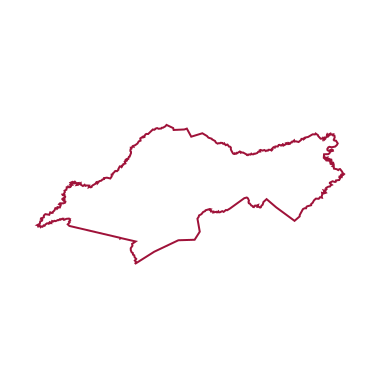 the district of Penonomé, Coclé, Panama, rotated 242°
{"feature_id": "35544464B54827397349612", "entity_name": "Penonomé", "entity_type": "district", "adm_level": 2, "iso_a3": "PAN", "parent_name": "Panama", "parent_adm1": "Coclé", "projection": "robinson", "projection_center": [-80.285, 8.68], "detail": "fine", "context": "isolated", "style": "outline", "palette": "rose", "viewbox_px": 384, "rotation_deg": 242, "n_neighbors": 0, "source": "geoboundaries", "source_scale": "gbopen_adm2", "svg_char_len": 6059}
<svg xmlns="http://www.w3.org/2000/svg" viewBox="0 0 384 384"><g transform="rotate(242 192 192)"><path d="M167.4,334.5L165.9,336.4L164.9,339.7L165.5,342.0L166.5,343.5L169.7,343.2L170.7,341.8L171.5,341.6L173.3,343.7L174.9,344.2L175.7,343.2L176.6,343.9L177.3,341.8L178.3,341.8L177.2,338.3L177.8,338.3L178.6,339.3L178.6,338.6L179.4,338.5L179.0,338.0L179.4,337.2L178.6,337.9L177.6,337.7L177.1,335.3L176.4,334.7L176.1,333.5L177.2,334.0L177.0,333.1L177.6,333.6L177.5,332.9L178.3,332.9L178.0,332.2L178.7,330.6L182.1,329.7L183.0,329.9L185.6,328.6L185.1,327.6L186.3,325.6L186.1,320.3L187.0,317.3L187.0,316.8L186.4,316.8L186.1,315.2L186.8,315.1L187.5,313.6L186.8,313.0L186.1,309.6L188.0,307.5L188.4,306.2L189.6,306.4L189.2,304.9L189.5,304.0L188.9,303.4L189.3,302.3L188.7,301.4L189.8,300.4L188.9,300.0L189.2,299.3L190.3,299.2L190.8,298.5L190.9,298.0L190.1,298.1L190.1,294.7L191.0,295.0L191.5,294.6L190.8,293.9L191.4,293.1L191.2,292.4L192.5,291.5L192.8,290.6L191.9,289.1L193.1,286.9L192.3,285.9L193.3,285.0L192.6,282.9L191.8,283.0L191.3,281.7L192.4,281.0L193.4,279.3L192.9,278.4L193.7,277.1L193.5,276.4L195.1,275.6L195.4,273.8L197.0,272.2L197.0,271.3L195.7,271.1L196.4,269.4L195.8,267.9L196.2,265.3L196.7,264.9L196.5,263.8L197.3,262.5L198.0,262.3L197.6,261.2L198.4,260.1L198.3,258.8L198.8,258.7L199.0,257.8L199.7,257.7L202.9,255.6L203.3,254.6L204.4,253.9L204.1,253.4L205.3,253.1L205.1,250.4L205.5,250.0L205.0,249.3L206.0,248.1L205.5,247.7L205.8,247.0L206.8,246.3L209.9,246.2L211.4,246.3L213.1,247.2L214.2,246.8L214.7,246.0L217.2,245.6L217.5,243.9L218.2,243.9L218.9,243.1L219.7,243.2L219.6,242.7L220.3,241.9L221.0,241.9L222.0,240.4L221.9,239.5L222.5,238.7L222.7,237.3L224.5,236.3L226.2,236.3L229.1,234.4L229.8,234.4L232.3,232.0L234.4,231.5L239.0,228.7L241.2,217.3L250.4,217.2L250.8,214.6L255.4,204.9L257.3,205.4L263.2,201.0L262.5,199.3L262.4,196.5L262.9,195.4L262.5,194.7L263.5,192.2L264.8,191.2L265.1,189.4L264.7,188.9L264.7,187.7L265.6,186.8L263.8,180.5L264.7,179.0L264.7,178.1L263.9,176.5L262.9,175.9L263.2,174.4L263.9,174.5L263.6,171.5L261.5,170.7L261.7,168.7L260.4,166.6L260.0,163.7L260.3,161.6L259.6,161.5L260.2,160.9L259.5,159.7L259.8,158.9L258.7,158.8L258.6,157.8L257.1,156.8L256.1,157.0L255.0,156.4L252.5,153.5L252.7,152.8L251.7,151.8L251.6,150.9L251.1,151.0L251.0,149.8L250.3,149.3L250.3,148.7L251.6,148.9L251.4,148.2L250.7,148.0L250.4,146.8L248.5,146.6L248.8,144.4L248.3,144.1L248.2,142.7L247.4,142.3L247.1,141.6L248.0,141.5L247.9,140.8L248.5,140.2L246.8,137.7L246.2,137.5L245.6,135.5L246.4,134.6L246.5,133.5L246.0,132.9L245.5,130.7L244.7,130.2L245.1,129.2L243.4,128.4L242.3,126.2L244.6,123.6L245.6,120.8L244.7,120.4L245.1,118.8L244.6,117.3L245.1,115.3L244.0,112.5L245.5,112.8L245.6,112.4L244.6,110.4L244.5,107.4L244.1,106.1L243.5,105.6L243.8,104.6L244.7,104.3L244.7,103.2L245.9,104.3L247.3,101.9L247.5,100.8L248.8,100.6L248.5,98.5L250.6,97.3L252.1,97.9L251.8,94.9L252.3,93.5L253.4,95.6L254.8,92.3L255.2,93.0L254.8,93.8L256.2,93.4L256.3,92.4L255.5,91.6L256.1,90.8L257.1,90.9L257.2,88.9L254.6,89.4L255.3,87.8L253.9,87.8L253.5,86.9L253.7,86.1L255.0,85.2L254.4,84.5L255.0,83.6L253.0,82.2L253.0,80.0L251.6,79.7L250.8,78.3L250.0,78.2L250.6,76.4L250.0,76.4L248.8,77.6L247.6,77.9L247.1,77.6L246.9,75.4L246.0,76.3L245.2,75.9L245.7,74.3L244.4,74.6L243.0,75.7L242.2,75.0L242.4,73.0L244.0,70.2L243.6,68.9L242.0,69.9L240.4,68.1L241.7,66.3L240.8,65.9L240.5,64.9L241.4,64.8L241.9,63.8L240.3,61.9L239.7,59.6L239.1,59.3L239.3,58.3L240.6,57.3L238.9,55.3L241.3,52.1L240.8,50.2L239.2,49.3L239.6,46.3L239.2,45.9L238.1,46.9L237.5,46.6L237.1,46.0L237.3,44.2L235.4,42.7L235.4,39.8L235.0,40.2L233.7,40.0L233.4,41.8L232.1,41.9L232.4,42.7L231.5,43.7L232.2,45.3L231.4,46.0L232.1,47.2L232.4,49.4L231.3,50.5L231.7,50.9L231.3,51.7L231.8,51.4L232.2,52.3L231.1,53.1L231.3,54.4L232.0,54.9L231.0,55.9L231.2,56.9L230.3,57.9L230.2,60.5L229.7,61.0L230.0,62.7L229.3,62.9L229.3,65.0L228.6,65.4L228.6,65.9L227.7,65.7L227.4,66.2L227.3,68.4L226.3,70.9L225.4,71.0L225.2,71.4L224.6,70.8L223.9,70.9L223.5,69.5L222.6,69.6L221.8,67.1L219.6,67.8L185.1,107.2L184.6,106.9L184.6,107.7L174.8,119.0L174.3,114.7L172.5,114.2L171.1,111.5L169.3,110.6L167.0,110.4L166.0,111.1L164.4,110.5L163.2,111.3L161.4,110.7L159.1,111.3L158.3,109.3L156.9,109.8L156.0,109.2L155.3,107.9L157.0,130.6L155.8,157.3L148.6,171.9L153.3,180.2L165.9,184.3L166.9,186.2L168.0,187.2L168.0,189.9L169.1,192.4L169.0,194.6L169.5,195.4L168.6,199.8L168.2,200.2L168.1,199.0L166.7,200.0L165.9,199.6L164.7,201.7L163.9,201.2L163.1,204.2L162.3,204.5L162.5,206.1L161.7,205.9L161.0,207.0L160.9,209.7L159.6,210.6L160.2,213.5L159.4,214.5L159.6,217.9L162.0,235.3L161.4,237.8L160.1,238.4L157.5,238.2L156.7,237.2L155.4,236.9L154.7,237.6L152.3,238.0L150.8,239.1L150.2,238.9L149.6,239.5L150.4,241.4L149.7,242.1L149.5,244.2L148.1,242.9L147.7,244.0L146.3,244.8L146.2,245.6L147.3,246.9L147.6,248.4L149.6,250.4L150.7,254.5L139.0,259.1L118.4,269.0L119.9,275.6L121.1,276.3L124.8,281.9L124.8,283.7L124.1,285.1L125.0,285.9L125.3,286.9L124.4,291.0L125.5,291.7L125.8,293.4L127.3,295.7L128.0,298.3L126.5,300.7L127.3,302.6L126.0,304.1L127.2,304.4L128.7,305.9L130.1,306.4L128.9,307.5L128.5,309.9L129.2,309.7L129.9,308.2L130.6,309.1L131.3,309.1L130.2,310.1L130.5,310.7L131.7,311.1L131.4,312.1L132.7,312.5L132.7,314.8L132.1,316.4L132.8,317.8L132.7,318.8L135.0,317.8L135.5,318.1L135.5,321.1L133.7,323.0L133.6,323.8L134.6,324.6L133.5,327.6L134.7,329.4L135.9,329.0L136.4,329.5L134.9,331.2L135.6,331.8L136.7,331.2L137.3,331.9L137.2,332.8L136.1,333.7L136.4,334.7L138.3,333.9L139.4,334.1L142.7,333.5L143.0,332.8L142.7,331.4L144.1,330.6L146.0,328.3L147.6,329.0L148.6,328.3L148.7,329.5L149.7,330.0L150.6,328.9L151.1,330.3L151.6,330.4L152.1,329.7L151.5,328.0L151.8,327.6L153.6,328.1L154.0,329.8L155.2,330.2L155.7,329.6L155.1,328.0L155.5,327.4L156.1,327.4L156.6,328.8L157.2,328.4L157.3,327.4L156.3,326.2L156.8,325.4L157.3,325.4L158.9,327.5L159.3,325.8L160.4,325.6L159.4,324.7L160.3,324.4L163.3,326.3L161.5,330.0L161.6,331.4L162.8,333.2L162.2,335.8L163.1,336.0L164.0,335.2L164.2,332.0L165.2,331.3L166.4,331.6L167.4,333.3L167.4,334.5Z" fill="none" stroke="#9f1239" stroke-width="2"/></g></svg>